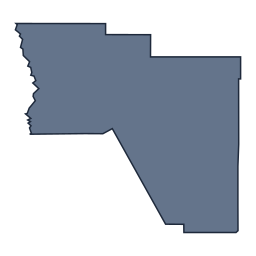 outline of Harding, New Mexico, United States of America
{"feature_id": "52423323B19647593546846", "entity_name": "Harding", "entity_type": "district", "adm_level": 2, "iso_a3": "USA", "parent_name": "United States of America", "parent_adm1": "New Mexico", "projection": "robinson", "projection_center": [-104.115, 35.804], "detail": "fine", "context": "isolated", "style": "filled", "palette": "slate", "viewbox_px": 256, "rotation_deg": 0, "n_neighbors": 0, "source": "geoboundaries", "source_scale": "gbopen_adm2", "svg_char_len": 683}
<svg xmlns="http://www.w3.org/2000/svg" viewBox="0 0 256 256"><path d="M105.6,23.6L16.0,23.5L17.2,24.7L15.4,29.8L20.5,34.0L19.4,36.1L22.6,39.4L20.5,47.4L22.9,49.1L23.3,55.5L29.6,61.7L27.8,66.1L30.7,67.4L31.8,72.5L30.8,75.2L34.0,76.1L35.8,80.6L32.8,83.0L38.8,88.6L33.5,93.6L33.1,96.4L35.3,100.7L29.2,108.1L27.3,113.4L25.5,113.9L30.8,118.4L27.7,120.0L30.4,121.6L28.1,123.1L31.0,125.8L29.5,127.9L31.4,133.3L29.7,134.2L84.9,133.6L102.9,133.7L112.3,128.6L165.6,224.2L183.8,224.3L183.9,232.5L236.0,232.5L238.0,230.7L237.9,206.0L237.9,166.2L238.7,144.3L238.6,78.9L240.6,78.9L240.6,56.9L150.5,56.9L150.6,34.7L105.6,34.6L105.6,23.6Z" fill="#64748b" stroke="#1e293b" stroke-width="1.5"/></svg>